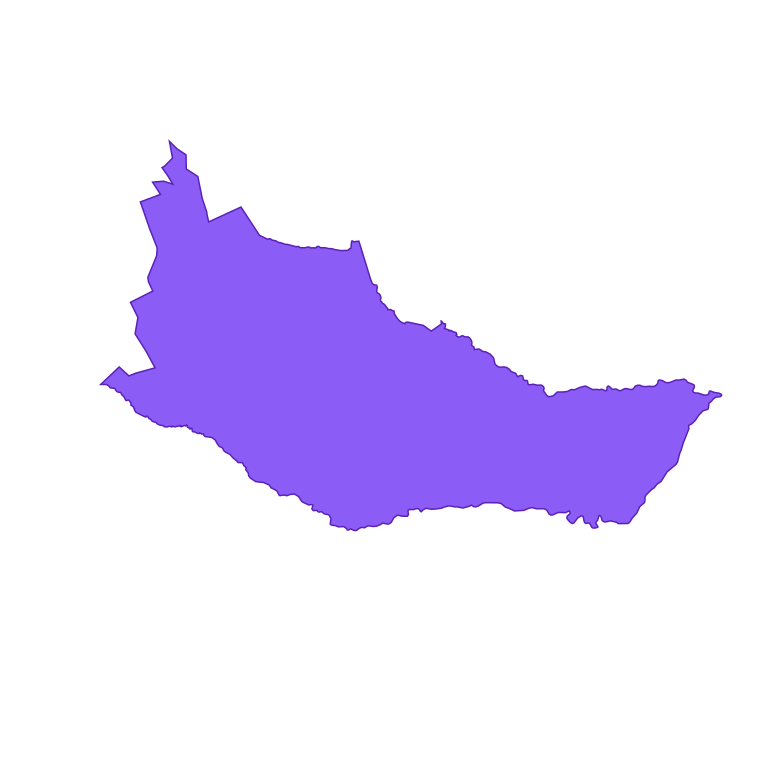 Mangwe, Matabeleland South, Zimbabwe, rotated 298°
{"feature_id": "62879985B72758591248620", "entity_name": "Mangwe", "entity_type": "district", "adm_level": 2, "iso_a3": "ZWE", "parent_name": "Zimbabwe", "parent_adm1": "Matabeleland South", "projection": "natural_earth1", "projection_center": [28.025, -21.012], "detail": "fine", "context": "isolated", "style": "filled", "palette": "violet", "viewbox_px": 768, "rotation_deg": 298, "n_neighbors": 0, "source": "geoboundaries", "source_scale": "gbopen_adm2", "svg_char_len": 6161}
<svg xmlns="http://www.w3.org/2000/svg" viewBox="0 0 768 768"><g transform="rotate(298 384 384)"><path d="M337.1,121.8L327.2,135.5L311.4,140.7L301.2,158.6L290.8,174.3L276.8,159.5L271.4,155.0L274.7,142.2L250.6,134.1L253.3,139.3L253.1,141.8L252.1,144.0L253.7,148.5L252.3,150.6L251.9,151.9L252.1,153.5L252.9,155.3L251.3,157.9L250.6,160.5L248.4,163.6L248.4,164.3L249.7,165.7L249.9,166.8L249.1,167.9L248.7,169.3L246.6,170.4L246.2,173.3L245.2,174.6L245.2,175.3L244.0,175.7L242.5,178.4L242.8,188.4L243.1,189.3L244.1,189.3L244.4,190.5L243.1,192.8L243.3,194.6L242.4,196.4L242.4,198.2L243.0,200.6L242.4,202.5L242.3,204.4L243.5,208.8L243.4,209.8L243.1,210.1L244.3,212.8L245.8,214.1L246.6,216.9L247.4,216.7L248.0,219.6L251.7,223.7L251.7,224.0L250.9,224.2L251.1,225.1L253.8,227.4L253.9,228.7L255.2,229.1L255.0,229.7L253.6,230.8L253.7,232.4L253.1,233.9L254.5,234.7L254.6,235.2L252.4,236.9L252.1,237.9L252.8,239.3L252.9,242.7L253.5,244.0L254.3,244.1L254.5,244.9L254.1,246.4L255.2,247.7L255.0,248.6L254.0,249.2L253.6,250.7L255.0,254.2L255.8,256.8L255.8,258.1L255.4,261.1L252.5,265.6L251.5,268.2L251.8,270.0L251.4,272.1L250.1,273.4L249.4,276.2L249.6,280.9L247.7,285.8L247.0,290.3L246.2,291.4L246.2,292.2L247.8,295.4L247.7,296.5L246.1,298.6L245.3,302.0L244.1,301.8L243.4,302.2L241.8,305.8L239.3,307.7L238.2,310.1L237.6,316.7L240.5,324.0L240.9,330.3L239.3,333.0L239.5,336.8L239.2,339.7L236.6,343.6L236.5,344.4L239.0,347.8L239.7,350.6L242.4,353.0L244.8,356.5L244.5,361.4L241.8,366.2L241.5,368.2L241.9,374.4L243.3,376.3L243.8,377.7L242.9,378.4L239.9,378.9L239.1,380.6L239.3,381.6L240.9,383.9L240.4,385.1L240.3,386.6L241.9,388.8L241.3,392.3L242.6,396.7L240.2,400.4L235.2,402.2L234.7,403.1L235.0,404.7L236.2,407.8L236.5,410.9L239.2,415.4L238.8,418.4L238.0,419.9L238.1,420.8L240.5,422.8L240.6,426.4L241.4,427.9L242.4,428.9L243.3,429.0L246.4,431.0L247.2,432.3L247.9,434.3L250.8,436.0L252.1,438.4L252.9,440.9L254.7,443.9L258.5,447.1L260.6,448.1L261.9,452.7L262.9,454.2L265.3,455.4L270.2,455.4L274.0,457.1L274.8,458.1L275.5,461.3L278.1,466.7L280.2,466.9L283.6,464.5L285.0,465.3L287.2,469.3L288.6,470.4L289.9,472.5L290.0,473.9L288.6,475.9L288.7,476.9L291.2,477.6L293.6,479.2L294.4,480.6L295.5,484.3L298.1,488.6L301.2,492.9L303.6,494.9L306.6,498.2L307.6,500.3L308.6,503.9L309.9,506.3L311.6,512.0L316.2,516.8L318.1,518.0L317.8,520.8L318.7,522.8L320.4,524.5L325.1,527.2L326.6,528.9L332.2,539.6L333.5,543.3L332.3,548.9L332.9,552.7L333.2,558.9L338.1,566.8L342.4,570.4L344.3,572.6L345.5,577.4L349.0,584.0L349.2,586.4L348.7,587.6L346.7,590.6L346.6,593.0L347.9,594.7L351.5,597.4L352.9,599.1L355.6,604.7L358.9,607.0L358.9,607.4L357.8,608.6L357.0,609.1L353.3,607.8L351.5,608.3L350.4,610.2L349.2,613.9L349.3,616.0L350.6,616.9L357.0,618.0L360.7,620.5L360.5,622.1L357.3,624.6L355.9,626.1L355.6,627.8L357.2,629.6L357.5,631.0L355.1,634.6L354.9,635.7L355.2,636.8L356.8,639.1L358.1,640.0L358.6,639.7L360.6,636.2L362.0,636.1L363.9,636.6L368.8,635.6L369.1,636.9L368.7,637.9L365.8,640.8L365.6,642.4L365.9,644.0L369.5,648.3L371.1,654.3L370.7,656.4L375.3,664.8L377.1,665.8L382.4,666.2L388.6,667.8L395.9,667.4L401.4,669.6L403.2,669.3L406.8,667.5L409.1,667.5L416.7,669.9L419.1,671.3L423.5,672.0L428.1,674.4L439.2,675.2L450.5,679.7L453.3,679.7L461.9,677.6L464.9,677.4L472.5,675.9L487.8,674.2L489.3,673.0L490.6,672.5L493.2,674.4L497.7,675.9L504.4,676.6L510.2,678.3L513.7,681.8L515.1,681.7L519.7,679.9L522.0,681.1L525.4,681.8L528.1,683.1L530.9,687.1L532.7,687.4L533.2,686.4L533.3,684.7L531.5,679.1L531.1,675.6L530.4,674.7L527.3,675.3L525.4,673.8L524.4,671.4L523.5,665.8L522.0,662.5L522.1,661.2L522.9,659.7L527.1,659.5L528.6,658.4L528.7,656.3L528.0,651.0L529.2,648.8L529.2,646.6L526.3,643.1L524.6,639.9L520.5,636.6L518.7,634.6L517.6,632.3L517.7,628.2L516.8,625.2L515.9,624.5L512.7,625.4L509.5,624.4L507.9,622.4L506.6,619.4L504.3,615.9L503.1,612.7L503.1,610.7L501.9,608.4L500.0,606.8L497.5,606.5L495.7,605.8L494.5,603.1L493.8,600.2L492.8,598.6L489.1,596.0L488.6,594.7L488.5,591.0L487.2,589.5L486.5,587.7L487.5,584.7L487.5,582.9L486.0,582.4L483.4,583.5L482.1,583.2L481.6,578.6L479.9,576.8L479.2,574.5L477.0,570.7L476.8,563.5L476.5,562.5L472.7,558.3L468.5,555.1L466.9,551.8L463.6,549.5L461.4,546.5L458.2,540.7L453.1,539.0L450.9,536.6L450.1,534.9L450.3,533.2L452.9,528.0L455.3,527.4L456.5,526.2L456.9,524.6L456.8,523.0L455.0,520.1L453.9,516.0L451.4,512.4L451.6,511.2L454.1,509.2L454.2,508.5L453.1,506.5L453.2,505.5L456.2,502.5L456.0,501.3L455.5,500.3L453.2,498.5L455.0,495.6L455.2,494.7L454.7,490.4L455.8,487.9L456.2,484.7L455.4,481.8L453.7,479.3L452.8,477.0L453.4,473.4L454.1,472.3L458.5,468.5L460.2,463.9L460.2,459.1L459.1,455.6L459.6,452.0L459.0,450.5L456.8,447.6L458.8,446.1L459.2,443.3L462.0,442.1L463.6,440.5L465.0,437.7L464.8,437.1L465.1,436.2L463.6,433.3L463.6,430.9L462.9,429.9L460.9,428.8L460.3,426.0L460.6,424.9L461.7,425.2L463.3,423.5L462.5,420.1L462.9,418.6L462.2,417.7L462.3,416.7L461.4,416.5L462.1,415.0L461.3,411.4L463.2,411.3L465.9,410.1L465.2,408.2L466.5,405.3L466.4,404.9L463.9,406.5L452.9,400.9L454.2,391.2L449.8,375.8L448.9,374.6L448.0,374.0L447.1,374.1L446.9,373.6L446.7,370.4L447.0,368.2L448.0,365.3L450.7,360.4L453.2,358.5L452.7,356.8L452.9,354.9L451.3,352.6L452.5,351.7L453.2,349.6L453.8,348.8L454.6,346.5L454.6,344.5L455.5,343.2L455.5,342.4L456.4,341.4L459.0,340.7L460.7,338.9L461.4,336.9L461.4,335.0L462.6,333.9L466.6,332.5L467.8,331.1L466.8,328.2L467.4,326.4L469.4,323.8L498.3,294.8L496.8,292.4L495.5,291.1L495.4,288.6L493.6,288.8L488.8,290.9L488.0,290.9L487.4,290.1L485.5,289.7L484.9,289.1L481.6,283.4L479.5,277.2L479.1,274.7L477.7,271.8L476.5,267.6L474.6,264.2L474.8,261.6L474.0,260.4L471.8,259.6L471.3,258.0L469.8,255.6L469.7,253.2L467.0,250.0L465.0,245.9L465.3,243.8L464.0,242.1L461.9,233.0L461.0,231.4L460.3,226.8L459.5,224.2L459.6,221.0L458.6,217.9L458.8,215.7L458.3,214.3L457.2,213.5L456.8,204.3L473.1,174.6L444.8,153.1L451.2,147.6L452.4,147.0L462.4,136.5L479.8,122.2L481.0,108.5L493.4,101.6L494.5,90.7L497.5,80.6L484.2,91.2L473.2,87.9L470.9,86.4L466.3,95.4L461.3,103.7L459.6,94.2L453.6,84.9L446.5,97.6L430.4,83.4L410.6,104.7L398.5,118.9L396.8,120.3L390.5,123.0L389.1,123.2L367.4,125.4L363.7,128.0L357.5,136.2L337.1,121.8Z" fill="#8b5cf6" stroke="#5b21b6" stroke-width="1.5"/></g></svg>